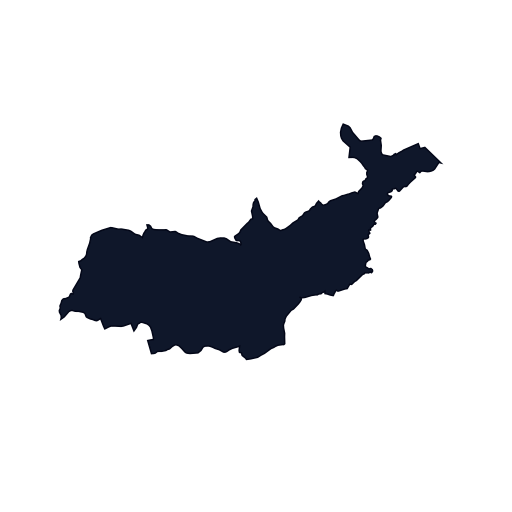 outline of Aldana, Nariño, Colombia, rotated 251°
{"feature_id": "7082276B17700118356894", "entity_name": "Aldana", "entity_type": "district", "adm_level": 2, "iso_a3": "COL", "parent_name": "Colombia", "parent_adm1": "Nariño", "projection": "orthographic", "projection_center": [-77.695, 0.907], "detail": "fine", "context": "isolated", "style": "filled", "palette": "ink", "viewbox_px": 512, "rotation_deg": 251, "n_neighbors": 0, "source": "geoboundaries", "source_scale": "gbopen_adm2", "svg_char_len": 6110}
<svg xmlns="http://www.w3.org/2000/svg" viewBox="0 0 512 512"><g transform="rotate(251 256 256)"><path d="M283.8,461.1L303.7,451.0L304.1,446.1L309.4,446.0L308.1,429.9L307.6,428.4L307.1,424.8L306.1,421.6L307.3,421.4L307.2,420.2L307.1,419.6L306.6,419.6L306.1,415.9L310.5,408.5L312.3,408.1L314.4,408.2L319.7,410.4L324.9,411.4L326.6,412.5L328.4,411.4L330.0,409.7L330.6,408.4L330.5,406.7L328.7,405.2L327.8,403.7L330.2,393.2L330.9,392.0L332.4,391.1L341.5,387.5L346.6,386.7L348.7,385.6L352.3,381.4L349.1,378.4L345.4,376.2L342.0,375.3L339.5,375.2L336.6,375.8L328.2,380.5L318.9,376.0L317.9,379.3L317.0,381.3L315.1,383.3L311.4,385.3L309.3,386.2L306.6,386.9L304.5,387.7L302.9,387.9L301.1,389.5L299.5,388.6L298.8,387.9L297.9,387.6L296.9,387.3L294.8,387.3L293.9,386.9L293.4,386.1L293.2,385.1L291.9,383.8L291.7,383.4L291.8,382.4L291.5,381.4L291.0,380.9L289.6,380.2L288.2,380.3L287.4,380.1L285.8,378.4L283.6,374.1L281.8,372.8L284.3,370.3L284.3,369.9L284.5,367.2L284.3,364.2L284.5,362.9L284.6,358.8L284.9,357.1L283.9,350.2L284.0,344.3L283.4,342.5L282.3,340.9L282.1,340.2L281.9,338.4L282.1,335.9L283.8,334.8L285.2,334.4L286.7,333.3L287.6,333.1L286.1,330.4L284.2,328.5L283.9,327.5L283.9,325.3L282.7,322.7L281.6,321.4L281.3,320.4L281.3,317.2L281.0,315.9L278.9,313.1L278.1,309.3L276.7,307.7L276.4,307.1L275.2,301.6L273.8,298.5L272.2,293.3L271.9,291.4L272.1,289.9L272.0,287.9L272.3,287.1L274.4,285.5L276.7,282.6L278.1,281.6L282.0,280.4L285.0,278.9L286.3,278.6L289.2,278.8L294.0,276.4L295.7,275.9L299.5,275.3L306.3,275.7L310.4,275.4L309.7,273.5L308.5,273.1L307.8,271.8L307.0,270.9L305.3,269.9L303.6,269.3L300.0,266.4L294.5,265.7L292.3,265.0L292.4,263.1L290.2,259.9L289.7,258.4L285.6,250.2L284.1,248.9L283.2,247.8L282.5,245.9L281.6,242.5L281.2,242.0L280.1,241.8L277.5,242.2L276.7,242.9L276.4,244.2L275.9,245.4L275.3,245.8L273.6,246.1L271.9,245.7L271.4,245.1L272.6,244.5L274.0,243.0L274.9,241.8L277.7,236.7L281.9,233.6L283.4,231.7L284.6,228.3L285.2,225.1L284.5,217.3L285.1,214.2L292.0,206.1L294.6,203.8L295.4,202.6L297.2,198.0L300.4,192.6L303.1,189.5L304.6,188.5L305.5,187.6L306.6,182.8L307.0,182.2L309.8,180.0L310.2,179.2L310.6,177.6L312.9,171.1L314.0,168.6L314.9,167.2L315.8,166.4L318.5,166.0L320.3,164.8L320.9,163.0L317.4,162.8L316.8,162.1L316.3,160.1L315.2,159.0L314.2,157.6L312.6,156.1L310.4,154.6L313.7,152.2L315.6,149.2L316.5,148.3L319.7,146.1L320.7,145.2L321.8,143.9L325.3,137.5L326.2,134.5L329.5,129.2L330.2,127.7L330.5,118.7L330.3,115.7L329.8,109.5L329.2,107.5L327.2,105.5L326.2,105.3L322.4,103.0L316.9,98.6L314.8,97.3L313.2,96.6L312.0,95.8L311.1,94.8L309.9,93.0L309.3,90.6L308.5,88.7L308.5,86.6L306.6,86.2L302.6,85.9L299.7,86.8L294.7,83.8L292.7,82.8L283.5,72.0L282.4,71.3L280.5,71.3L279.5,70.6L279.7,70.1L280.6,69.5L280.6,68.7L280.3,68.1L278.3,66.3L277.9,65.4L277.7,61.9L278.1,60.7L278.1,59.9L277.9,59.2L277.1,57.9L274.7,56.3L272.9,54.6L272.3,54.3L270.8,54.1L270.2,53.8L268.5,52.3L266.9,51.9L263.5,52.4L261.3,51.9L259.7,50.9L260.9,54.9L264.4,60.9L264.7,62.8L264.5,64.3L262.6,67.1L261.4,70.3L259.1,74.2L257.9,75.3L257.1,75.6L253.9,75.7L252.9,76.3L250.4,78.9L249.3,80.7L247.4,82.9L246.7,84.2L246.7,85.3L247.5,88.7L239.2,89.0L236.3,89.3L236.9,93.6L237.0,96.0L235.8,99.6L233.4,105.5L233.2,106.7L233.0,107.9L233.0,115.9L224.9,116.2L227.4,119.7L229.8,121.7L230.3,122.5L230.5,124.2L230.9,124.7L230.7,126.1L230.0,127.3L227.2,131.0L225.3,132.3L223.2,133.1L219.1,133.2L212.2,132.4L210.4,131.8L210.9,129.4L211.3,126.1L197.7,125.4L197.1,127.7L197.0,129.1L197.9,131.8L196.6,135.8L196.0,140.0L196.4,141.8L196.3,144.0L197.7,147.2L198.3,150.0L198.2,151.2L197.5,152.4L196.1,154.0L192.6,155.8L188.5,157.5L187.8,158.0L187.1,158.5L186.3,159.8L185.3,161.9L183.3,169.6L184.6,173.2L187.0,176.1L187.4,177.6L187.3,178.9L186.4,181.8L185.6,183.2L183.8,185.4L181.9,187.3L179.3,190.8L175.8,193.9L175.3,194.9L175.1,196.0L175.2,197.2L176.0,200.2L176.4,203.5L176.1,209.7L176.2,211.2L172.2,209.3L170.5,209.0L170.1,209.2L169.3,210.6L169.0,210.8L166.9,210.5L166.2,210.7L162.8,212.9L161.3,213.3L160.5,217.4L159.7,224.6L160.6,228.3L161.2,232.3L163.6,240.1L163.8,243.0L164.2,244.7L164.5,247.6L163.6,252.3L163.2,253.3L163.3,253.8L163.7,254.6L170.4,256.7L173.6,257.9L178.7,258.6L181.5,259.3L182.8,260.1L185.0,262.0L187.0,262.9L189.2,265.0L193.2,271.5L193.7,274.2L196.9,280.4L198.2,282.4L199.9,284.5L200.5,284.8L201.5,284.7L203.2,283.8L202.2,284.6L201.6,285.5L200.9,288.8L200.6,295.8L199.8,299.9L199.3,301.4L199.7,303.0L199.3,304.3L199.2,305.5L200.0,307.1L199.8,308.2L200.3,309.7L198.0,309.0L196.9,311.0L195.0,313.4L193.4,316.1L193.7,316.5L195.1,317.7L195.8,318.7L196.6,319.3L197.5,320.8L196.2,321.9L196.0,322.7L195.9,329.2L195.5,331.6L198.8,335.4L198.0,337.2L199.8,341.0L200.1,342.9L203.8,350.7L204.0,352.8L204.8,353.7L204.2,354.6L203.7,356.3L203.4,356.6L203.5,359.4L203.3,359.5L202.8,359.5L202.6,359.7L202.8,360.2L203.5,361.1L203.9,361.4L205.2,361.5L206.8,360.5L207.0,358.8L207.4,358.2L208.4,357.6L209.5,356.4L211.0,356.1L213.2,357.3L214.3,358.1L214.7,359.7L215.5,360.6L215.4,362.5L215.8,363.2L216.2,363.3L217.8,363.1L221.7,363.4L224.1,363.1L225.4,362.8L226.6,361.8L227.4,361.6L231.3,362.2L235.1,362.2L236.8,362.6L237.0,363.5L236.5,365.1L236.4,366.5L236.8,368.2L237.4,368.6L239.7,369.0L239.9,369.2L240.1,370.5L240.4,371.0L241.1,371.0L242.1,370.8L243.2,370.7L243.8,371.1L243.2,372.7L245.1,373.4L245.4,373.6L246.1,376.0L247.7,377.9L247.2,379.1L247.7,380.0L248.0,380.1L248.4,379.6L249.4,379.2L250.3,379.2L250.8,379.5L251.6,381.6L252.7,383.5L253.3,383.9L257.0,384.4L257.9,385.0L260.9,387.4L261.1,388.0L260.9,389.3L261.7,391.7L262.1,392.6L264.3,395.7L264.6,398.0L265.5,400.0L267.3,403.0L268.0,403.5L268.5,403.4L269.6,401.3L270.8,400.5L271.8,400.4L272.7,401.0L272.9,401.6L272.8,404.3L273.2,405.6L273.6,406.1L274.8,406.5L275.0,406.9L274.6,408.3L274.6,409.8L274.2,410.5L271.1,411.5L270.6,412.3L270.7,412.9L273.3,417.7L273.4,418.9L272.8,420.4L273.0,421.6L274.2,423.3L275.6,426.0L278.2,432.2L278.7,432.6L280.7,432.0L281.3,432.1L281.8,433.4L283.7,435.6L283.4,436.5L281.5,438.0L282.3,439.5L282.4,440.2L281.9,441.7L279.9,445.6L279.5,447.3L279.3,449.3L279.4,451.3L280.1,453.2L284.7,459.1L284.7,459.7L283.8,461.1Z" fill="#0f172a" stroke="#020617" stroke-width="1.5"/></g></svg>